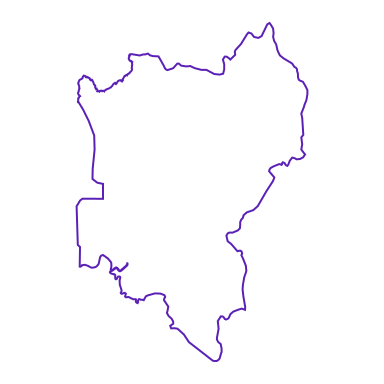 Ngerutchei, Ngeremlengui, Palau (Natural Earth projection)
{"feature_id": "81905179B75346360802885", "entity_name": "Ngerutchei", "entity_type": "district", "adm_level": 2, "iso_a3": "PLW", "parent_name": "Palau", "parent_adm1": "Ngeremlengui", "projection": "natural_earth1", "projection_center": [134.542, 7.526], "detail": "fine", "context": "isolated", "style": "outline", "palette": "violet", "viewbox_px": 384, "rotation_deg": 0, "n_neighbors": 0, "source": "geoboundaries", "source_scale": "gbopen_adm2", "svg_char_len": 5746}
<svg xmlns="http://www.w3.org/2000/svg" viewBox="0 0 384 384"><path d="M305.6,155.2L301.3,149.6L302.2,144.2L301.3,137.4L303.3,134.9L302.2,117.9L301.3,113.6L303.9,107.0L304.5,104.8L306.4,100.1L307.4,94.2L307.4,90.1L305.5,86.2L303.0,81.9L301.6,81.2L300.1,80.7L298.8,79.7L298.0,77.2L297.9,73.6L297.1,71.1L296.9,69.0L295.9,67.7L294.4,66.9L292.1,63.5L283.5,58.3L279.9,55.4L278.2,52.0L277.3,49.7L276.6,46.1L276.1,44.3L274.1,40.8L273.1,36.7L273.6,33.5L273.1,28.6L271.0,25.0L269.5,23.0L267.3,24.3L261.6,36.1L258.4,37.9L254.1,37.0L251.4,33.5L248.5,32.5L246.9,34.4L241.0,44.0L235.6,49.9L234.8,51.6L235.2,54.8L230.3,59.6L229.3,58.5L226.8,56.7L224.7,56.6L222.9,59.6L224.2,64.2L224.2,69.5L223.1,73.7L219.6,74.6L214.2,74.0L206.5,69.9L201.5,69.9L194.6,68.1L190.2,66.0L187.9,66.3L185.3,66.3L181.1,65.6L178.9,63.6L177.3,63.6L173.2,68.2L167.5,70.1L166.1,69.5L164.9,68.3L163.9,65.9L158.5,56.4L152.9,56.1L150.0,55.3L148.0,53.6L145.3,54.4L142.9,54.5L139.8,55.5L132.0,54.2L130.5,54.2L130.1,54.3L130.1,54.5L129.8,54.4L129.6,54.6L129.2,55.4L129.4,55.9L129.1,56.0L129.2,56.9L129.0,57.2L129.1,57.6L128.8,58.0L128.7,58.8L129.7,60.6L130.5,61.1L131.0,61.3L131.0,61.0L131.4,61.2L131.8,61.5L131.8,62.1L132.2,62.2L132.0,62.6L132.1,63.7L132.2,64.2L132.1,64.5L132.2,64.9L131.9,65.6L132.0,65.9L132.0,66.6L131.9,66.9L131.7,68.1L132.1,69.0L131.7,70.5L131.4,70.9L130.6,71.7L130.3,72.1L129.6,72.6L129.4,73.4L128.6,73.6L128.1,74.0L127.7,74.1L127.6,74.5L127.3,74.6L127.1,75.1L126.9,74.9L126.2,75.0L126.0,75.4L125.3,75.7L125.1,76.0L124.7,75.9L124.2,76.6L124.0,77.2L123.2,78.4L122.8,79.3L122.9,79.8L122.6,79.8L122.5,80.8L122.0,81.5L121.8,81.4L122.2,80.8L121.4,80.3L120.8,80.5L120.5,80.2L120.1,80.2L118.8,80.6L118.7,80.8L117.9,81.2L117.5,81.8L116.8,83.1L115.9,84.1L115.6,83.9L115.5,83.4L115.3,83.1L115.1,83.3L114.8,83.1L114.6,83.4L113.8,83.6L112.9,84.7L112.4,85.8L111.6,86.4L110.9,87.4L110.2,87.6L109.1,88.4L107.7,88.9L107.2,89.0L106.5,89.5L106.2,89.5L104.6,90.8L104.1,90.7L103.9,90.8L103.9,91.1L103.6,90.9L103.0,90.8L102.6,90.9L102.3,91.2L102.1,91.2L102.0,90.9L101.4,90.6L100.7,90.7L100.5,90.9L99.9,90.8L99.1,91.1L99.1,91.4L98.8,91.2L97.5,91.4L97.3,91.3L97.6,90.8L97.5,90.1L96.9,89.3L96.5,89.3L96.5,89.0L96.1,89.2L95.9,88.9L96.1,88.7L95.4,87.8L95.3,87.4L95.3,86.6L95.2,86.6L95.3,85.8L95.0,85.5L94.8,85.0L94.4,84.8L93.9,84.3L93.5,82.7L92.4,80.3L91.9,79.7L91.6,79.7L91.1,80.0L90.9,79.9L90.8,80.2L89.9,79.5L89.8,78.5L89.4,78.1L89.2,78.2L88.5,77.7L88.0,77.6L88.3,77.5L87.2,76.9L86.8,77.2L86.0,76.9L85.7,76.4L85.0,75.9L84.0,75.9L83.8,75.7L82.8,76.7L82.6,78.0L82.3,78.1L82.1,78.5L81.6,79.0L80.3,79.5L79.4,80.1L78.2,83.1L78.2,83.5L78.3,84.0L78.7,84.2L79.4,84.2L78.9,84.4L78.8,84.6L78.8,85.3L79.2,86.0L79.2,87.9L79.4,88.0L79.5,88.4L79.2,89.0L79.2,89.5L78.7,90.4L78.7,91.6L78.0,92.9L78.2,93.8L78.6,94.8L79.8,95.7L80.0,96.1L79.6,96.2L79.3,96.6L78.9,97.8L78.4,98.0L78.2,98.4L78.2,100.8L78.0,101.4L78.1,101.6L77.9,101.9L78.0,102.2L78.6,102.2L83.0,109.4L88.7,120.9L94.2,135.5L94.6,149.5L92.7,168.7L92.5,179.0L97.3,182.7L103.0,183.9L103.0,198.8L82.5,198.7L80.1,200.5L76.6,206.3L77.8,244.9L80.0,247.0L79.7,266.6L80.4,266.7L81.1,266.3L81.7,265.9L82.0,265.2L85.0,264.8L88.1,265.9L90.7,267.4L92.1,267.7L92.9,267.7L95.3,267.1L96.1,266.7L97.0,266.0L97.5,265.3L98.1,264.8L98.7,263.7L100.1,257.2L100.6,256.3L101.3,255.6L103.0,255.0L105.9,257.0L106.6,257.7L107.3,257.9L109.3,260.1L110.1,261.2L110.5,261.5L110.8,262.0L111.2,262.8L111.3,263.5L111.4,265.7L111.2,267.9L111.0,268.3L111.0,268.7L110.7,269.7L110.9,270.3L111.4,270.4L112.3,270.1L114.8,268.1L116.1,267.4L117.2,267.9L118.1,268.8L119.4,270.7L119.8,270.8L120.2,270.6L120.7,270.4L122.9,268.5L126.1,265.7L126.8,264.8L127.3,263.3L127.5,263.4L127.5,264.7L127.3,265.2L126.7,265.9L122.4,269.8L120.5,271.2L119.4,271.2L118.4,270.3L117.1,268.5L116.7,268.2L115.7,268.2L113.6,269.7L113.1,270.2L111.9,270.9L110.6,271.4L110.1,271.7L109.9,272.3L110.0,272.6L110.8,273.3L112.2,273.9L114.3,274.2L114.3,274.6L115.1,274.9L115.3,275.8L115.2,277.8L115.4,278.9L116.0,279.3L116.8,278.9L117.5,277.5L118.1,276.6L119.6,276.5L120.1,276.9L120.3,277.8L119.6,280.4L119.8,284.7L121.6,290.3L121.4,291.7L120.7,292.8L121.1,293.5L121.7,293.8L122.9,293.5L124.1,292.9L124.9,292.9L125.9,293.8L125.5,295.0L125.3,295.5L125.1,296.5L125.5,297.0L126.2,297.3L128.2,297.0L129.1,297.2L130.9,298.2L133.4,299.3L135.8,299.2L136.0,299.9L135.8,301.7L136.6,302.7L137.6,303.1L138.1,302.1L138.0,300.6L138.8,299.2L139.5,299.1L140.6,299.7L142.8,299.8L143.7,300.2L145.9,296.3L147.8,295.4L154.9,293.4L160.5,293.6L164.5,295.2L165.2,297.0L164.3,298.4L164.0,300.2L168.3,306.6L167.5,310.9L166.9,313.0L168.6,316.0L171.6,318.7L173.2,321.6L173.2,323.8L171.6,324.8L170.2,325.9L171.2,328.4L174.3,328.2L177.5,328.7L183.9,334.5L188.9,342.1L212.8,360.7L214.5,361.0L216.6,361.0L217.8,360.4L219.6,358.6L221.1,353.2L221.6,352.1L221.6,348.7L220.7,344.1L218.2,342.0L216.9,339.5L217.0,337.5L218.6,328.8L217.8,321.1L220.8,316.4L222.7,316.5L223.8,317.4L224.8,319.0L226.1,319.5L228.0,318.7L229.0,317.5L230.3,314.3L233.3,311.6L238.0,309.8L241.8,308.6L245.0,309.8L245.2,307.0L243.4,296.5L242.6,289.4L242.9,285.0L244.2,277.4L245.7,273.1L246.4,270.6L246.1,268.9L245.9,265.9L243.4,259.5L241.4,255.1L242.2,253.5L241.5,251.4L240.0,250.6L237.4,251.2L236.7,250.3L231.1,243.9L227.7,241.3L226.4,235.7L227.7,233.4L229.2,232.6L232.7,232.6L237.9,230.4L239.9,228.3L240.2,224.9L240.2,222.1L241.2,219.7L242.8,218.0L243.6,215.2L246.8,212.4L253.3,210.1L257.8,206.1L266.4,191.2L272.9,181.2L273.8,179.0L274.3,177.4L269.1,171.3L269.5,169.5L270.8,167.9L273.7,166.3L279.2,164.1L280.7,164.4L281.4,164.9L282.0,164.4L282.1,163.1L282.8,162.3L284.6,163.0L285.4,164.6L286.3,165.4L287.2,165.9L288.2,164.8L289.7,160.9L292.2,157.6L294.6,158.2L296.6,159.3L300.0,159.0L303.0,157.4L304.2,155.8L304.9,154.6L305.6,155.2Z" fill="none" stroke="#5b21b6" stroke-width="2"/></svg>